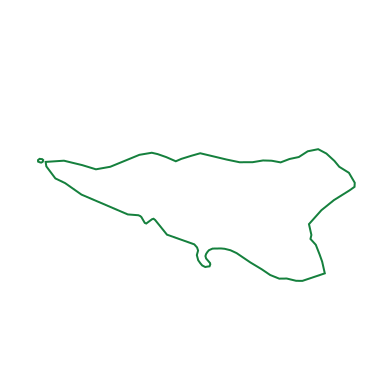 outline of Elobey Grande, Equatorial Guinea, rotated 283°
{"feature_id": "11065452B23490115173263", "entity_name": "Elobey Grande", "entity_type": "district", "adm_level": 2, "iso_a3": "GNQ", "parent_name": "Equatorial Guinea", "parent_adm1": "", "projection": "equal_earth", "projection_center": [9.506, 0.981], "detail": "fine", "context": "isolated", "style": "outline", "palette": "green", "viewbox_px": 384, "rotation_deg": 283, "n_neighbors": 0, "source": "geoboundaries", "source_scale": "gbopen_adm2", "svg_char_len": 1300}
<svg xmlns="http://www.w3.org/2000/svg" viewBox="0 0 384 384"><g transform="rotate(283 192 192)"><path d="M231.5,206.9L231.6,191.3L227.2,183.3L221.9,174.2L218.3,169.3L220.2,159.1L221.2,150.0L221.2,144.0L216.4,132.4L198.2,106.7L192.5,93.3L193.5,78.9L193.6,68.0L193.7,60.2L188.4,42.6L184.2,44.3L174.5,55.8L172.1,66.4L164.6,84.9L155.7,134.5L157.3,145.0L156.9,147.0L156.2,148.3L151.3,152.9L151.0,154.5L156.5,159.2L157.3,160.6L156.9,161.3L156.5,162.3L144.8,177.2L141.5,206.0L139.1,209.4L136.3,211.1L131.6,210.9L126.9,213.4L124.4,216.2L122.7,218.5L121.9,221.8L122.7,223.6L123.5,225.8L125.5,226.1L126.8,225.6L130.4,220.7L132.6,219.5L134.8,219.7L137.0,220.5L139.1,221.6L141.5,224.8L143.5,232.9L144.0,236.5L143.9,242.6L142.5,249.2L136.5,264.7L132.4,277.3L128.7,286.9L127.2,296.5L129.0,303.8L128.9,313.4L130.2,319.5L142.6,339.7L153.4,334.5L159.8,330.4L168.4,324.5L172.9,318.0L177.0,318.0L187.0,313.2L203.4,322.2L216.0,332.1L229.0,345.1L233.6,349.2L237.6,348.5L246.0,340.6L249.7,329.8L254.3,323.8L259.7,314.3L262.1,305.3L257.7,295.6L250.1,288.2L246.1,279.6L240.8,271.7L240.4,262.6L238.7,254.1L234.7,244.4L231.7,231.7L231.4,218.4L231.5,206.9ZM189.7,39.8L190.3,38.6L190.0,36.0L188.4,34.8L187.0,35.2L186.7,37.1L186.7,38.4L187.4,39.3L188.0,39.8L189.7,39.8Z" fill="none" stroke="#15803d" stroke-width="2"/></g></svg>